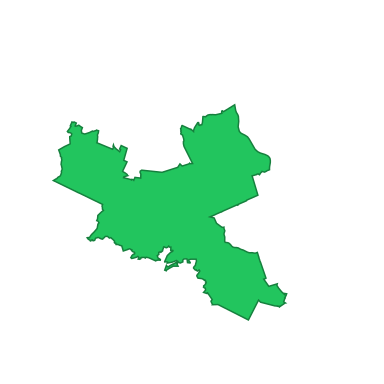 outline of Cenu pag., Ozolnieku, Latvia, rotated 213°
{"feature_id": "27541924B81611305918956", "entity_name": "Cenu pag.", "entity_type": "district", "adm_level": 2, "iso_a3": "LVA", "parent_name": "Latvia", "parent_adm1": "Ozolnieku", "projection": "orthographic", "projection_center": [23.864, 56.687], "detail": "fine", "context": "isolated", "style": "filled", "palette": "green", "viewbox_px": 384, "rotation_deg": 213, "n_neighbors": 0, "source": "geoboundaries", "source_scale": "gbopen_adm2", "svg_char_len": 6049}
<svg xmlns="http://www.w3.org/2000/svg" viewBox="0 0 384 384"><g transform="rotate(213 192 192)"><path d="M141.5,214.4L141.6,215.1L135.0,225.2L150.4,238.3L147.3,241.8L147.3,242.2L146.4,243.2L144.8,243.2L144.8,245.6L144.4,247.0L144.5,247.4L142.0,248.2L141.1,249.6L140.6,250.8L139.1,252.9L140.0,254.2L140.9,255.9L142.4,259.4L143.4,261.0L144.9,262.6L145.9,263.1L147.3,263.5L148.3,263.6L151.3,263.2L155.9,261.9L158.8,261.6L162.4,262.2L172.8,267.5L175.5,268.5L178.4,268.5L182.8,268.0L185.3,268.6L188.8,271.8L191.3,276.7L194.3,280.7L195.8,281.8L198.1,282.9L199.7,284.1L203.7,288.4L209.3,276.6L210.8,276.6L211.1,276.1L210.5,274.9L209.8,274.2L214.3,269.6L217.5,267.8L217.7,267.4L218.5,267.1L219.4,266.4L220.6,265.2L221.4,263.3L221.3,263.1L221.6,262.5L222.5,262.0L223.3,261.7L223.9,261.2L221.1,256.0L220.4,253.7L221.8,252.6L221.7,252.1L222.8,251.9L223.4,252.2L223.4,253.0L224.3,253.8L225.0,253.3L224.9,247.2L224.1,244.2L223.7,243.6L227.1,244.1L227.1,243.7L227.5,243.7L234.6,242.7L236.5,242.4L236.6,242.1L235.9,239.5L236.1,239.0L235.9,238.7L234.8,237.9L234.6,237.5L234.7,237.1L234.5,236.9L233.4,236.0L233.4,235.3L233.1,234.7L232.4,234.4L231.7,234.6L231.0,234.6L228.0,232.1L226.9,230.9L226.6,230.2L226.7,229.7L225.7,228.1L225.0,227.3L223.4,225.8L207.0,216.2L208.8,214.8L209.0,214.7L209.7,214.9L209.8,214.2L210.1,213.6L214.4,208.4L217.4,209.0L217.4,204.9L227.8,192.2L246.1,182.9L246.8,181.2L246.2,180.1L244.6,179.1L242.6,175.7L247.8,173.2L247.2,170.1L248.1,170.3L249.4,169.8L249.4,169.1L249.9,169.2L257.2,166.7L257.4,167.7L254.8,170.7L255.1,170.7L255.6,171.2L256.1,171.4L259.1,171.6L260.4,171.4L261.5,171.6L262.9,181.9L266.5,181.4L270.2,193.3L276.7,192.4L276.1,188.6L274.9,188.6L274.6,186.4L279.0,186.8L282.2,187.6L283.5,188.7L283.1,187.3L282.2,186.7L281.9,184.6L298.6,181.5L298.7,182.1L299.3,183.2L299.7,184.3L300.1,184.9L301.2,187.0L302.4,188.3L302.8,190.6L303.7,192.5L305.7,191.9L305.6,191.7L308.0,188.9L308.7,188.9L310.4,186.0L313.5,182.2L316.5,181.4L318.3,183.3L319.0,186.3L321.2,186.2L322.9,186.4L323.7,186.1L323.9,185.4L325.3,183.8L326.0,183.7L326.6,186.8L329.1,186.5L329.4,185.6L330.8,185.4L330.1,181.2L329.3,181.2L329.2,178.5L329.5,174.9L328.2,174.5L326.2,175.5L324.5,175.3L323.8,173.2L324.7,171.9L324.1,170.9L320.4,166.1L320.6,165.6L323.7,160.6L326.7,154.7L322.9,151.8L321.8,150.3L320.1,149.9L319.8,149.1L318.6,148.0L318.1,146.4L316.8,143.8L316.0,143.2L313.4,140.6L313.2,140.1L312.9,138.2L312.1,137.4L311.4,135.1L311.3,133.3L312.2,131.9L312.6,130.8L312.6,129.5L313.2,128.9L314.5,126.1L286.9,129.5L285.3,129.8L260.2,132.9L259.8,131.2L258.4,129.9L257.9,128.9L256.2,128.3L257.0,126.2L258.2,121.1L256.6,118.0L256.3,116.1L255.1,116.4L253.2,115.5L253.4,113.8L251.7,109.8L252.3,105.2L253.1,101.6L253.2,99.3L253.1,97.9L254.4,97.2L255.0,96.5L253.3,95.9L251.2,96.0L250.6,95.6L250.2,95.8L250.2,96.9L249.9,97.3L249.4,97.7L249.0,97.3L248.4,97.2L247.4,98.3L247.3,98.8L247.6,99.8L247.6,100.6L247.5,101.1L246.7,101.8L246.3,102.5L245.7,102.9L242.8,103.2L241.4,103.7L241.2,104.0L241.3,104.6L240.7,106.1L240.7,106.9L240.4,107.6L238.6,108.8L236.7,108.4L236.0,108.5L235.6,109.2L235.0,109.6L234.4,109.3L232.9,109.2L230.4,108.7L230.1,108.5L229.8,107.6L229.4,107.2L229.0,107.1L228.1,107.6L227.9,107.5L227.4,106.5L227.6,106.3L225.4,107.7L223.4,108.0L221.6,108.6L217.5,105.1L214.7,108.6L214.8,108.7L213.4,110.4L210.9,110.7L210.9,110.0L209.0,109.7L207.5,110.1L207.2,110.0L206.5,109.1L206.5,108.7L207.2,108.0L207.8,106.0L207.5,104.8L207.7,103.8L206.6,103.3L205.8,103.9L204.1,105.8L202.4,107.9L202.3,108.5L200.9,108.2L200.5,107.0L200.6,106.5L199.6,106.8L198.7,107.9L198.9,109.0L199.0,109.1L198.5,109.4L198.6,109.7L196.2,111.3L195.9,111.1L195.1,111.2L195.0,112.3L192.5,113.3L185.3,114.4L185.4,114.6L184.6,115.0L183.6,116.3L181.5,117.5L181.8,118.2L184.8,118.2L185.9,119.3L186.5,119.7L185.8,121.6L187.0,123.2L186.1,124.5L185.3,124.4L184.6,126.5L185.1,127.1L184.9,127.5L185.2,127.9L185.3,128.9L185.9,130.4L185.6,130.9L184.3,130.9L183.1,131.3L182.4,132.3L182.1,133.2L182.1,133.9L180.6,133.6L179.7,134.3L178.0,131.4L176.3,132.6L176.2,132.6L175.9,131.7L177.1,129.5L178.1,125.3L177.0,118.7L176.8,118.5L175.8,119.3L174.3,119.9L174.0,118.9L170.5,122.3L169.3,123.8L167.8,126.1L166.2,126.1L166.4,124.1L166.9,124.4L168.5,120.9L168.8,121.1L170.5,118.0L170.9,116.7L172.1,116.0L173.5,116.5L172.3,111.6L170.7,111.9L170.8,112.3L170.7,112.9L169.5,115.6L167.3,119.6L163.3,122.2L165.1,123.3L165.6,125.6L163.2,126.0L161.6,128.4L162.6,129.8L162.5,130.6L162.2,131.5L159.9,133.1L159.3,132.7L157.3,130.3L155.0,131.4L155.2,132.0L157.6,132.7L157.8,133.4L156.4,135.0L151.9,137.9L150.6,136.4L149.7,133.4L149.2,132.3L149.6,130.6L149.4,129.2L149.2,129.0L147.2,128.4L146.5,128.5L146.0,129.0L145.6,128.6L144.3,128.7L143.6,130.5L142.4,130.0L142.3,126.8L142.5,126.1L142.5,124.7L142.1,124.1L140.1,123.0L136.3,124.8L135.2,124.9L134.0,124.8L133.4,125.3L132.6,125.0L132.8,124.7L132.1,124.7L131.0,124.1L130.7,123.6L131.1,123.1L130.5,122.4L130.7,120.8L131.1,119.7L130.7,119.3L130.6,118.5L129.4,118.3L128.5,118.6L127.2,117.2L127.6,114.1L124.2,115.0L124.3,115.9L124.2,116.0L116.5,112.8L116.6,110.8L116.0,110.3L113.7,108.9L113.6,108.5L109.0,111.7L108.5,111.8L75.0,115.4L77.3,137.6L74.5,136.9L60.5,141.6L58.9,142.5L58.2,142.6L57.9,143.2L56.0,143.2L56.1,144.1L55.7,144.2L53.5,149.5L53.2,149.8L55.3,149.8L56.0,152.6L56.1,153.8L56.6,153.8L56.7,156.2L57.2,158.2L59.4,157.2L58.8,156.5L62.4,157.1L67.2,158.6L69.9,159.9L70.1,160.1L70.5,161.4L76.2,154.7L84.4,158.0L83.0,159.8L83.0,160.0L96.4,170.5L96.5,170.4L98.3,171.8L98.4,172.0L99.7,172.9L100.6,173.7L100.5,173.8L104.3,176.9L105.3,175.5L106.0,174.9L108.6,173.8L110.4,172.5L111.7,172.0L113.0,171.7L117.5,171.2L119.9,170.5L122.8,170.3L124.3,169.7L126.3,168.5L127.5,168.1L129.2,168.2L131.1,168.9L133.1,169.2L134.3,169.0L136.7,167.9L137.6,168.3L140.0,172.1L142.1,173.9L142.4,174.3L142.7,175.2L143.3,177.3L145.3,178.8L145.8,179.4L146.0,179.9L147.6,178.7L154.4,179.1L159.3,182.3L163.4,180.9L160.5,185.2L159.7,186.6L157.0,190.7L156.6,191.0L155.3,193.4L147.3,205.6L146.9,205.8L146.7,205.7L146.2,206.5L146.5,206.8L141.5,214.4Z" fill="#22c55e" stroke="#15803d" stroke-width="1.5"/></g></svg>